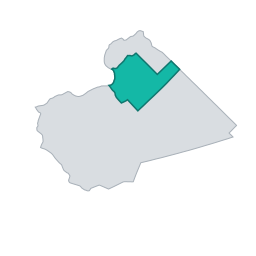 where Ajdabiya sits in Libya, rotated 316°
{"feature_id": "LBY-2983", "entity_name": "Ajdabiya", "entity_type": "Municipality", "adm_level": 1, "iso_a3": "LBY", "parent_name": "Libya", "parent_adm1": "", "projection": "orthographic", "projection_center": [21.402, 29.135], "detail": "fine", "context": "in_parent", "style": "filled", "palette": "teal", "viewbox_px": 256, "rotation_deg": 316, "n_neighbors": 0, "source": "natural_earth", "source_scale": "10m", "svg_char_len": 4100}
<svg xmlns="http://www.w3.org/2000/svg" viewBox="0 0 256 256"><g transform="rotate(316 128 128)"><path d="M53.6,80.2L54.8,79.7L56.5,79.2L57.4,78.8L57.8,78.4L59.2,76.8L59.9,75.8L60.9,74.6L61.4,73.7L61.5,72.9L61.5,71.8L61.1,69.3L60.8,66.8L61.3,65.9L61.7,65.5L62.5,64.5L62.9,64.3L64.5,64.1L65.2,63.4L65.8,62.5L66.0,62.0L66.7,61.5L67.6,61.1L68.2,60.5L70.0,59.6L71.7,58.8L73.5,57.9L75.0,57.3L75.4,56.6L75.4,56.0L74.8,54.6L74.9,53.1L75.1,51.7L75.2,51.0L75.8,48.9L75.8,48.6L77.2,49.4L78.6,49.8L82.8,52.8L84.1,53.3L87.2,53.8L90.9,53.0L92.3,52.9L94.6,54.1L95.7,54.4L97.4,54.6L100.4,55.7L101.2,56.1L102.9,57.7L103.7,58.2L109.9,59.9L110.7,60.9L111.5,62.6L111.4,64.8L111.8,66.4L112.5,68.4L113.4,69.9L114.4,71.1L115.6,71.9L118.3,73.2L121.5,73.7L124.7,74.0L130.2,75.7L134.8,77.6L135.9,78.5L138.2,79.4L142.8,83.7L145.4,85.1L147.2,85.5L148.9,85.2L151.9,83.9L153.1,83.0L156.1,79.5L157.0,77.7L157.4,76.4L157.4,75.0L157.0,73.8L156.2,72.6L155.7,70.9L155.4,67.9L155.8,65.9L156.4,64.6L157.3,63.4L159.7,61.0L162.1,59.3L166.4,57.1L168.8,57.1L169.9,56.9L171.9,55.3L172.7,55.2L173.8,55.6L177.1,55.5L178.6,55.9L180.4,56.9L182.6,57.5L184.1,58.0L185.8,58.8L186.2,60.7L186.1,61.3L186.0,62.1L187.8,63.4L192.7,63.9L193.7,64.2L195.1,65.2L196.0,65.5L199.3,65.6L201.3,65.3L203.2,65.6L203.9,66.0L204.6,66.7L205.6,68.7L205.9,69.3L205.6,69.6L205.1,70.3L204.7,70.9L203.9,71.9L203.2,73.0L203.3,74.6L203.5,76.1L204.1,77.6L204.5,79.3L204.5,80.5L204.1,81.8L203.7,83.0L202.3,85.4L202.1,86.0L202.2,86.7L203.2,89.5L203.3,90.4L203.9,93.1L204.5,95.3L205.1,97.0L205.2,97.5L205.3,100.0L205.3,102.6L205.4,105.1L205.5,107.7L205.6,110.2L205.6,112.8L205.7,115.4L205.8,117.9L205.9,120.5L205.9,123.0L206.0,125.6L206.1,128.1L206.1,130.7L206.2,133.2L206.3,135.8L206.3,138.3L206.4,140.9L206.5,143.4L206.6,146.0L206.6,148.5L206.7,151.1L206.8,153.6L206.8,156.2L206.9,158.7L206.9,161.2L207.0,163.8L207.1,166.3L207.1,168.9L207.2,171.4L207.3,174.0L207.3,176.5L207.4,179.0L207.5,184.6L207.6,190.3L207.8,195.9L207.9,201.5L207.7,201.6L205.1,201.6L202.5,201.7L199.8,201.8L197.2,201.8L197.2,203.2L197.3,204.6L197.3,206.0L197.3,207.4L192.1,204.9L187.0,202.3L181.8,199.7L176.7,197.1L171.6,194.4L166.5,191.8L161.4,189.1L156.3,186.4L151.3,183.6L146.3,180.9L141.3,178.1L136.3,175.3L131.3,172.5L126.4,169.6L121.4,166.8L116.5,163.9L113.1,161.9L109.4,163.5L106.4,164.8L102.5,166.5L98.0,168.6L94.5,170.3L94.3,170.2L94.2,170.2L90.8,166.8L88.2,164.2L87.0,163.4L81.9,161.8L76.9,160.2L71.6,158.4L70.8,156.4L69.8,154.0L68.6,151.1L67.8,149.3L67.5,149.0L63.5,147.3L59.3,145.6L56.8,146.2L56.3,146.1L55.7,145.5L55.0,144.8L54.7,143.8L53.8,142.4L53.1,139.3L53.2,137.0L53.1,136.1L51.2,132.6L49.4,129.4L48.3,127.3L48.1,126.3L48.4,125.2L49.0,124.3L51.0,123.3L52.9,122.2L53.2,121.3L53.6,118.9L53.1,118.1L52.8,116.5L52.5,114.5L52.6,113.3L53.6,110.8L54.7,108.3L54.4,105.3L54.6,99.4L55.3,94.8L55.3,93.1L55.2,92.4L54.8,90.2L54.3,87.9L54.1,87.0L53.4,85.1L52.1,82.8L51.5,81.3L52.6,80.7L53.6,80.2Z" fill="#d9dde1" stroke="#a8b0b8" stroke-width="1"/><path d="M205.6,109.8L205.6,110.7L205.7,114.7L205.7,115.2L205.8,116.9L205.9,120.7L205.9,121.7L202.4,121.9L198.6,122.1L192.7,122.3L186.8,122.6L180.8,122.7L174.9,122.7L168.8,122.7L162.8,122.6L158.3,122.6L153.9,122.6L150.5,122.5L147.0,122.5L147.3,107.3L145.6,107.1L142.8,106.2L140.6,105.4L140.7,101.1L140.9,97.9L141.7,95.5L142.9,93.9L143.3,92.2L143.1,90.3L143.3,88.4L143.7,86.2L143.9,84.1L145.3,85.1L145.7,85.3L146.6,85.4L147.5,85.5L148.4,85.4L148.9,85.2L149.4,85.1L150.2,84.7L151.3,84.0L151.5,83.9L151.9,83.9L152.1,83.8L153.4,82.8L155.1,80.8L155.5,80.1L155.8,79.8L156.1,79.5L156.3,79.3L156.9,78.0L157.4,76.7L157.5,76.3L157.4,74.8L157.4,74.7L157.5,74.7L157.4,74.5L157.3,74.4L157.8,74.3L158.9,74.6L159.3,75.3L160.0,76.3L161.1,77.0L161.8,77.2L163.2,77.1L165.1,76.8L168.8,76.9L169.6,76.9L172.1,76.8L172.7,76.6L173.4,76.3L175.2,76.1L176.6,75.9L178.0,75.6L178.7,76.3L179.9,77.4L180.5,78.5L181.5,79.2L182.2,79.3L183.2,79.6L184.2,79.6L185.0,79.5L185.4,79.7L185.6,79.7L185.8,79.8L185.9,87.3L186.1,94.8L186.2,102.3L186.3,109.8L191.1,109.8L195.8,109.8L200.6,109.8L205.3,109.8L205.5,109.8L205.6,109.8Z" fill="#14b8a6" stroke="#0f766e" stroke-width="1.5"/></g></svg>